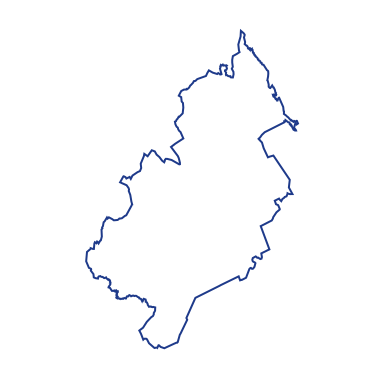 Rubenes pag., Jekabpils, Latvia (Natural Earth projection), rotated 77°
{"feature_id": "27541924B32922807778948", "entity_name": "Rubenes pag.", "entity_type": "district", "adm_level": 2, "iso_a3": "LVA", "parent_name": "Latvia", "parent_adm1": "Jekabpils", "projection": "natural_earth1", "projection_center": [26.013, 56.162], "detail": "fine", "context": "isolated", "style": "outline", "palette": "blue", "viewbox_px": 384, "rotation_deg": 77, "n_neighbors": 0, "source": "geoboundaries", "source_scale": "gbopen_adm2", "svg_char_len": 5908}
<svg xmlns="http://www.w3.org/2000/svg" viewBox="0 0 384 384"><g transform="rotate(77 192 192)"><path d="M67.1,101.2L66.9,101.9L65.9,101.5L66.1,102.7L64.9,103.1L64.8,103.4L65.2,103.8L66.0,103.9L65.1,104.4L65.0,104.9L64.3,105.2L63.4,105.0L62.3,105.3L61.7,105.7L61.7,106.0L59.7,107.4L58.7,106.8L57.7,106.5L53.1,106.6L51.2,105.5L50.4,105.3L48.8,106.0L46.0,108.1L51.4,109.7L58.7,113.7L64.8,114.4L66.4,114.2L67.4,116.8L68.8,121.6L72.3,123.1L75.0,123.7L79.2,124.1L80.9,125.5L84.2,124.6L86.6,125.0L89.6,126.4L89.1,128.3L88.8,128.6L87.8,128.6L87.6,129.6L87.2,130.7L86.1,131.4L85.9,132.5L84.8,132.5L83.3,131.9L81.6,132.7L80.9,132.5L80.7,131.1L79.6,130.2L76.9,130.3L76.6,129.7L76.2,130.1L76.3,131.3L75.9,131.8L75.9,132.9L74.8,133.3L75.5,134.6L74.7,135.3L76.1,136.3L77.1,136.3L78.0,137.0L83.8,136.7L84.0,137.4L83.8,138.2L83.2,138.5L82.0,139.7L82.7,140.9L80.3,145.0L77.3,148.2L79.4,150.2L82.1,152.3L83.1,160.8L83.3,161.7L84.5,163.6L84.4,165.3L85.8,166.4L87.6,169.1L87.9,169.8L89.5,171.2L90.4,172.7L90.7,173.5L90.4,174.0L90.9,174.3L90.4,176.8L91.2,179.8L95.2,183.2L97.1,181.2L101.5,181.7L103.3,180.8L107.9,181.5L113.3,183.4L116.0,187.7L115.7,188.1L117.5,189.7L117.9,190.6L119.3,191.6L119.6,192.8L122.4,192.9L124.6,192.4L125.1,192.2L126.0,191.4L127.9,191.3L129.6,190.7L131.0,189.7L137.9,188.4L141.2,197.5L143.4,202.3L153.8,197.7L155.9,197.3L158.8,197.2L160.9,197.2L162.2,197.5L162.2,198.2L156.2,204.7L154.2,208.6L153.8,210.0L154.5,211.1L155.7,211.6L156.8,212.4L154.7,214.1L150.6,215.9L147.6,218.1L144.1,219.1L142.3,221.8L147.2,227.2L144.1,229.9L146.2,230.8L152.9,235.6L157.2,236.1L159.9,238.0L160.4,240.6L162.6,246.3L165.5,248.7L163.3,249.4L164.1,252.9L162.6,253.4L161.3,255.0L161.4,255.4L166.4,259.9L170.7,254.2L173.9,252.9L175.4,252.8L176.8,253.4L180.9,252.8L187.6,253.2L190.6,253.1L190.6,253.3L191.8,254.1L199.9,261.3L200.2,262.8L201.8,266.2L201.7,268.2L201.5,268.7L202.2,269.9L202.5,270.8L202.2,273.2L202.0,274.5L200.4,275.9L198.0,278.7L198.9,280.2L197.7,280.6L200.9,283.7L201.6,284.9L205.1,286.4L206.4,287.6L207.3,287.5L208.2,288.6L215.2,289.9L218.6,291.7L218.7,292.3L221.1,294.6L219.3,295.2L218.9,295.6L220.4,296.7L219.1,297.9L220.2,298.7L225.4,300.4L225.2,301.3L224.1,303.1L224.3,303.1L226.8,307.8L235.7,310.7L242.7,309.5L244.1,307.7L244.6,307.6L245.9,308.3L249.8,306.5L253.1,306.9L254.3,305.3L255.2,303.1L254.0,302.6L253.3,301.8L253.3,300.3L253.7,300.1L254.5,298.9L254.6,298.2L256.1,297.0L256.2,296.7L255.9,294.9L257.2,294.6L258.0,293.7L258.5,293.6L258.6,293.2L259.0,292.9L258.7,292.7L259.1,292.4L258.9,292.3L259.1,292.1L260.2,291.8L260.8,292.0L261.6,291.8L262.0,292.2L262.2,291.9L263.7,292.4L265.6,294.5L266.2,294.8L267.0,293.5L270.3,292.3L270.8,290.4L270.4,289.9L270.5,289.6L271.1,289.4L271.0,289.0L271.8,289.1L271.9,288.6L272.3,288.3L271.8,288.2L271.9,287.9L271.3,287.6L271.9,287.2L272.0,286.6L272.6,286.7L272.6,287.1L272.8,287.2L272.5,287.6L273.0,287.9L272.9,288.1L273.7,288.2L273.8,288.0L274.4,288.0L274.5,288.4L275.2,288.8L275.4,288.4L276.5,288.5L276.5,288.3L276.7,288.2L276.7,288.8L277.8,289.5L278.1,289.0L278.5,289.0L278.6,288.4L279.0,288.3L278.9,287.6L279.3,287.2L279.2,287.0L280.1,286.1L279.9,285.8L280.4,284.4L280.1,283.8L280.6,283.1L280.0,281.9L280.9,280.5L280.9,280.2L280.2,280.0L279.1,278.9L279.4,278.2L279.4,277.8L278.8,277.3L278.4,276.3L279.0,275.8L279.1,275.2L279.9,274.8L279.6,272.7L280.4,271.6L280.3,270.9L280.7,269.6L282.1,268.5L282.7,267.5L283.1,267.2L283.8,267.3L284.7,265.8L287.1,265.2L286.8,265.0L287.1,264.5L286.3,264.1L286.2,263.7L285.5,263.5L285.2,263.0L285.6,262.6L286.3,261.4L287.6,261.4L288.5,261.8L289.1,261.3L289.4,260.8L291.1,260.4L292.0,260.5L294.2,259.7L294.1,258.9L294.4,258.4L294.3,257.8L295.0,257.1L295.3,256.5L295.2,255.8L296.2,253.8L299.4,254.7L301.4,256.5L302.7,256.8L304.1,258.0L304.8,259.9L308.4,265.3L313.2,270.2L315.1,274.5L318.7,273.6L324.9,272.7L324.4,271.9L324.3,271.0L324.7,269.6L325.4,269.0L329.7,267.9L335.5,263.7L335.7,260.9L335.9,260.8L333.8,259.1L334.0,258.6L335.9,257.4L338.0,254.1L335.8,243.6L335.3,240.9L335.5,240.4L335.1,239.7L328.2,235.9L327.5,235.1L315.4,225.4L313.5,225.8L295.9,212.5L289.5,185.9L289.3,185.4L284.7,165.5L288.9,165.0L288.7,163.6L288.9,163.3L287.7,158.6L279.9,153.4L279.2,152.2L279.2,151.7L280.3,150.9L280.5,150.1L280.3,149.6L279.0,148.0L275.6,146.2L274.7,146.7L273.7,148.0L273.0,148.4L271.6,148.5L270.0,147.6L269.1,144.4L269.4,144.1L270.8,143.2L270.8,142.3L272.3,141.0L272.7,140.3L272.5,140.0L272.6,139.3L271.2,138.5L267.4,138.3L265.3,129.5L240.7,132.7L237.7,120.7L236.1,119.2L234.8,118.5L230.8,114.3L228.8,110.5L228.4,110.3L224.2,111.0L222.8,112.9L219.1,113.3L218.0,108.7L218.7,108.5L221.0,107.1L219.1,105.4L218.4,103.6L217.7,102.8L217.5,100.9L215.5,99.5L214.7,99.2L215.4,98.4L216.1,97.0L216.6,94.6L209.4,96.6L202.1,94.0L174.8,104.5L175.0,108.2L175.3,110.2L165.5,112.3L159.5,112.7L157.0,114.2L156.2,114.4L156.3,114.6L155.2,115.2L154.0,113.2L152.1,111.1L150.1,107.7L144.9,86.5L143.9,86.3L144.2,85.5L142.9,84.8L145.8,82.5L146.1,81.6L147.8,81.0L148.0,81.4L149.3,80.8L148.9,80.2L149.8,79.9L150.0,80.1L154.1,79.1L155.3,77.8L155.5,76.8L154.8,76.9L152.3,78.1L148.2,75.8L149.8,75.0L149.1,73.3L146.3,73.8L146.2,74.1L147.5,75.7L146.0,76.0L145.7,76.5L146.4,77.4L144.3,79.0L144.6,79.4L140.7,81.6L140.1,82.2L138.5,83.2L136.6,84.9L134.1,84.2L133.7,84.5L129.7,84.0L119.7,85.9L119.7,86.3L121.2,87.6L122.1,88.0L122.1,88.5L120.1,89.0L120.2,89.6L118.3,90.1L117.3,91.2L115.6,91.3L116.0,90.5L115.5,90.1L116.8,88.8L116.8,88.4L116.2,88.0L115.6,88.4L114.5,87.9L114.1,88.3L111.0,88.3L108.5,88.9L108.4,89.3L106.2,89.9L108.3,92.3L108.0,92.9L106.7,93.6L104.4,93.1L100.5,93.2L100.2,93.5L96.6,91.9L93.8,91.0L91.4,90.6L90.8,90.9L90.2,91.5L84.1,93.7L83.7,94.8L83.1,95.1L81.8,95.1L81.4,96.1L80.1,96.1L79.3,96.6L79.1,97.2L78.5,97.6L77.7,97.5L77.5,98.0L75.9,98.2L74.5,99.4L73.9,99.4L73.8,99.8L72.6,99.9L72.2,100.5L71.8,100.3L70.9,100.6L70.3,100.5L70.1,100.7L70.3,101.1L69.7,101.3L68.4,101.0L67.7,101.5L67.1,101.2Z" fill="none" stroke="#1e3a8a" stroke-width="2"/></g></svg>